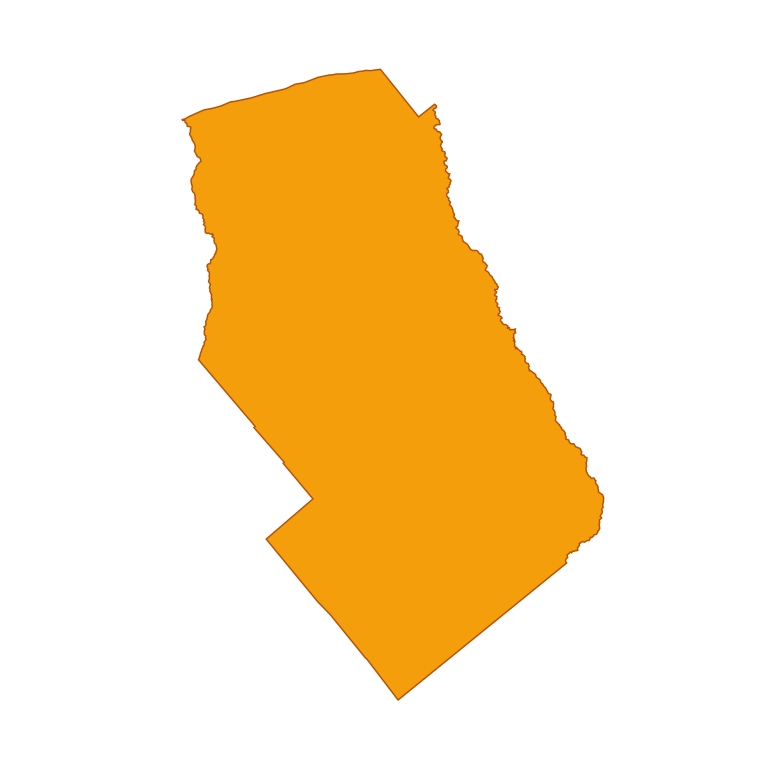 Lobería, Buenos Aires, Argentina (Mercator projection), rotated 187°
{"feature_id": "61730980B76511587081285", "entity_name": "Lobería", "entity_type": "district", "adm_level": 2, "iso_a3": "ARG", "parent_name": "Argentina", "parent_adm1": "Buenos Aires", "projection": "mercator", "projection_center": [-58.449, -38.07], "detail": "fine", "context": "isolated", "style": "filled", "palette": "amber", "viewbox_px": 768, "rotation_deg": 187, "n_neighbors": 0, "source": "geoboundaries", "source_scale": "gbopen_adm2", "svg_char_len": 6170}
<svg xmlns="http://www.w3.org/2000/svg" viewBox="0 0 768 768"><g transform="rotate(187 384 384)"><path d="M425.9,695.9L435.5,693.4L440.8,693.0L442.7,692.0L447.1,691.1L452.5,688.9L460.2,687.1L469.3,685.8L473.7,684.3L475.5,684.2L486.9,680.3L500.3,673.2L508.7,670.7L516.7,665.6L519.4,664.3L537.3,657.8L551.1,651.6L566.7,646.3L570.7,645.3L579.7,640.1L586.5,637.2L596.3,634.0L609.8,625.9L613.8,622.9L616.5,621.8L616.1,621.1L613.8,621.4L613.1,619.2L611.5,618.7L610.6,615.7L609.3,615.9L607.0,615.3L606.8,614.3L607.3,613.3L606.9,611.1L607.4,608.3L605.0,604.9L603.9,602.5L601.6,599.8L600.4,597.4L600.2,594.4L600.6,592.3L597.1,587.1L593.9,585.6L593.0,583.2L592.9,582.6L594.5,580.9L596.3,578.1L596.8,576.5L596.8,573.9L598.1,572.7L598.0,570.4L598.3,568.3L600.4,563.6L599.9,560.3L598.4,556.8L598.4,553.6L597.3,551.6L595.4,550.2L594.3,547.1L594.2,545.3L593.4,542.4L593.6,538.9L591.8,537.8L591.9,534.7L590.2,534.0L590.0,534.4L589.1,533.6L587.8,531.0L585.5,530.7L584.3,529.5L584.0,526.6L582.6,524.9L582.9,523.4L581.6,522.4L582.6,520.3L581.3,519.4L580.0,517.3L580.5,516.2L579.8,512.5L578.2,511.9L576.6,512.3L575.0,511.8L573.3,511.8L572.9,512.3L572.0,511.5L572.5,511.0L571.8,510.6L572.6,509.2L570.3,508.2L570.2,505.4L569.4,503.1L568.0,502.4L566.4,497.9L566.7,495.3L567.0,494.7L566.8,493.6L567.9,492.0L568.0,490.4L569.5,487.2L571.1,486.2L570.9,482.5L573.1,481.6L574.0,480.4L574.0,479.0L573.3,478.3L572.9,476.5L572.4,476.1L572.9,475.2L571.2,473.7L570.6,471.9L570.8,469.9L570.1,468.1L570.6,464.1L568.9,462.5L568.5,461.5L569.0,458.7L568.8,457.7L568.0,456.3L568.2,455.0L567.9,454.4L567.4,454.2L567.0,452.8L565.9,451.7L566.1,449.9L565.4,448.2L565.8,447.3L565.0,447.0L565.2,445.8L564.4,443.6L564.4,441.7L563.9,439.7L564.1,438.4L565.4,436.2L565.3,434.8L567.4,431.2L567.6,427.0L568.6,424.2L567.9,421.3L568.5,419.8L569.6,418.7L568.3,416.7L568.7,416.0L568.8,414.2L568.3,411.2L566.8,410.0L566.8,407.9L566.0,406.3L567.7,403.5L567.3,402.5L567.3,400.7L568.3,399.5L568.4,397.8L569.1,396.2L569.1,395.0L570.0,391.9L570.0,389.6L570.4,389.2L570.5,387.1L571.1,385.5L506.7,326.2L507.8,324.9L473.5,294.2L474.4,293.0L440.5,261.3L482.0,215.7L423.2,159.8L409.3,148.6L368.9,109.7L367.8,109.2L331.5,72.1L180.9,228.6L181.9,229.5L182.3,231.1L182.1,232.4L180.6,234.2L181.4,236.8L179.8,238.2L178.8,239.8L177.2,239.3L176.5,241.1L174.9,241.0L173.4,242.1L172.1,242.0L171.4,242.6L171.3,243.1L172.0,243.9L171.7,245.5L171.1,246.1L170.4,247.7L170.9,249.4L170.7,249.7L169.8,249.9L169.3,250.9L168.3,251.5L167.1,251.8L165.9,251.4L163.3,253.3L161.4,253.7L160.7,254.7L160.9,255.6L160.4,257.0L159.2,256.8L157.5,258.5L157.4,259.8L155.0,260.6L153.8,262.8L154.1,264.0L153.2,264.5L152.3,267.0L153.5,271.2L153.0,272.6L153.7,275.0L153.3,275.9L151.7,277.2L152.2,278.3L153.2,278.9L153.0,280.4L151.8,282.1L151.9,284.6L152.7,285.5L152.3,287.0L151.5,288.1L152.2,290.7L151.8,294.9L152.2,296.2L152.0,297.5L153.5,300.6L158.0,303.0L158.1,304.6L159.0,306.7L159.0,308.1L160.6,310.1L161.7,310.8L162.1,312.8L161.9,313.9L162.9,314.4L164.2,316.3L166.9,315.6L168.4,317.3L170.0,318.0L172.6,322.1L173.3,325.4L172.8,327.0L173.9,330.8L173.4,331.9L173.6,335.6L175.8,336.1L176.9,337.6L179.7,337.9L179.9,338.8L179.4,340.6L181.6,343.9L186.2,345.1L188.3,347.8L190.1,347.4L191.7,347.7L192.9,348.9L194.0,351.0L197.0,351.5L197.2,352.0L196.7,353.5L197.8,355.2L198.2,357.5L199.9,359.6L202.3,361.0L202.4,362.1L204.3,363.8L204.9,365.1L206.1,365.6L209.2,368.4L209.5,369.0L209.3,372.6L210.7,374.0L210.7,376.1L211.3,377.7L213.5,380.1L213.0,381.7L213.3,385.6L213.8,386.9L215.7,387.4L217.2,389.2L216.9,393.8L217.4,394.2L219.4,394.3L223.3,400.0L225.4,401.5L226.9,403.7L227.5,403.7L228.6,404.7L228.8,405.8L230.0,407.5L233.6,409.2L234.9,412.1L240.6,415.3L241.3,414.9L241.6,416.2L242.6,417.6L242.1,419.3L243.2,421.7L244.9,422.0L247.0,423.7L246.9,426.5L247.5,427.1L247.4,428.4L249.9,430.1L251.1,430.2L251.0,431.6L251.4,433.0L252.9,433.3L256.1,435.5L257.5,435.1L257.7,435.9L257.1,436.5L257.6,436.7L258.0,436.4L259.1,437.1L258.9,438.6L259.4,440.0L259.3,442.5L260.4,442.4L260.8,442.9L260.7,443.5L260.1,443.5L260.1,444.4L261.4,445.8L260.8,446.6L261.5,449.3L260.2,450.4L260.2,451.1L259.7,451.1L260.4,452.4L260.3,454.6L262.6,453.6L264.7,453.6L265.2,452.9L266.0,453.7L266.5,455.2L267.3,455.2L267.9,454.4L268.3,454.7L267.8,455.5L268.1,456.5L270.6,457.8L272.2,457.6L273.9,458.6L274.1,459.4L275.9,460.8L276.2,461.4L275.8,463.3L274.9,463.8L275.5,464.8L279.2,466.4L279.2,467.2L278.0,468.1L277.8,469.8L277.5,470.2L278.6,471.4L278.7,473.8L280.0,473.9L281.4,475.3L281.2,476.5L280.8,476.9L281.1,477.8L282.7,478.9L283.2,479.7L283.5,481.2L282.6,481.6L282.6,484.6L284.9,485.3L285.1,486.0L284.6,487.3L283.9,487.8L283.4,489.0L285.6,490.5L285.7,491.2L283.3,491.7L282.4,493.8L282.5,494.3L283.6,495.3L284.5,497.2L285.9,497.8L286.5,499.3L289.0,502.1L289.8,503.7L292.1,505.0L293.9,507.6L297.3,509.3L297.4,510.1L296.3,512.3L296.0,514.1L298.7,516.6L300.9,517.6L301.2,519.4L300.8,520.8L302.5,523.7L303.3,524.7L305.2,525.0L307.5,527.5L309.3,527.8L312.2,527.3L314.4,528.1L318.4,532.9L322.9,535.3L324.7,540.2L328.1,541.4L328.4,542.0L328.0,544.0L328.8,545.9L331.8,547.8L331.7,548.3L330.1,549.8L330.2,551.9L329.6,555.0L331.0,554.8L333.0,556.1L333.9,557.6L335.1,558.2L335.1,559.4L334.7,560.0L334.9,561.3L336.0,562.3L337.3,566.1L339.1,568.8L340.7,569.7L340.9,570.3L340.2,572.1L340.4,572.7L342.2,574.3L342.4,575.1L342.2,576.4L343.3,576.8L344.7,578.5L345.1,580.2L343.4,582.1L343.5,582.9L344.0,584.3L345.3,585.3L345.4,585.9L343.5,587.0L343.4,589.5L342.8,590.2L342.9,591.6L342.2,593.7L342.8,594.8L345.4,596.4L344.3,600.5L345.6,600.6L348.7,602.7L349.0,604.8L347.7,606.2L347.6,607.3L348.3,608.2L350.4,609.0L351.8,612.1L350.9,613.0L349.4,613.1L348.9,615.7L349.6,616.5L350.8,616.8L351.7,618.6L351.3,620.5L352.2,621.9L355.0,622.6L355.3,623.3L354.8,624.3L357.0,627.2L356.3,630.2L355.6,631.1L355.7,631.8L357.3,633.0L358.3,634.7L358.2,636.2L357.2,638.6L359.4,641.0L361.5,641.0L363.6,643.4L364.7,643.4L365.9,644.2L365.4,645.8L363.8,647.2L363.6,647.8L360.3,648.2L360.0,649.1L360.9,650.4L361.2,652.1L362.8,653.6L364.9,654.1L365.2,654.8L365.1,655.9L366.6,657.8L366.2,658.8L366.2,660.1L368.8,661.9L368.3,662.8L365.6,664.8L366.0,666.6L367.9,667.8L382.2,653.3L425.9,695.9Z" fill="#f59e0b" stroke="#b45309" stroke-width="1.5"/></g></svg>